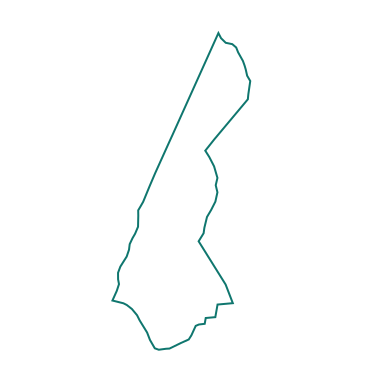 Santa Inês, Paraná, Brazil (Natural Earth projection), rotated 190°
{"feature_id": "56859067B45112402193343", "entity_name": "Santa Inês", "entity_type": "district", "adm_level": 2, "iso_a3": "BRA", "parent_name": "Brazil", "parent_adm1": "Paraná", "projection": "natural_earth1", "projection_center": [-51.903, -22.719], "detail": "fine", "context": "isolated", "style": "outline", "palette": "teal", "viewbox_px": 384, "rotation_deg": 190, "n_neighbors": 0, "source": "geoboundaries", "source_scale": "gbopen_adm2", "svg_char_len": 967}
<svg xmlns="http://www.w3.org/2000/svg" viewBox="0 0 384 384"><g transform="rotate(190 192 192)"><path d="M211.8,45.8L207.7,39.0L201.5,31.6L197.3,30.9L190.4,33.1L187.0,33.9L176.8,41.3L169.6,46.2L167.7,50.8L165.1,60.8L162.2,62.7L156.6,64.4L156.6,70.3L147.3,72.8L147.3,85.6L132.5,89.6L142.8,106.7L176.9,144.6L173.4,153.4L173.6,158.9L172.9,170.0L170.0,177.7L167.3,186.6L166.9,196.1L169.8,202.8L169.4,210.3L174.7,221.1L181.1,229.5L186.1,235.0L179.2,247.7L153.1,293.0L153.5,298.2L153.9,311.4L157.9,316.1L160.4,322.1L162.2,325.7L164.6,329.9L170.8,337.5L173.6,342.0L178.0,344.6L184.7,344.8L190.1,348.5L193.6,353.1L221.1,244.9L223.0,237.6L231.5,204.3L234.8,190.2L238.4,173.8L240.4,168.3L241.8,164.6L240.8,159.4L239.1,148.4L240.8,141.0L242.6,136.1L244.3,129.8L244.0,124.2L245.1,117.1L249.6,106.1L250.8,99.6L249.6,93.1L247.9,88.6L248.9,81.6L251.5,71.3L240.2,70.5L236.6,69.4L230.8,66.3L224.7,61.1L221.2,56.4L211.8,45.8Z" fill="none" stroke="#0f766e" stroke-width="2"/></g></svg>